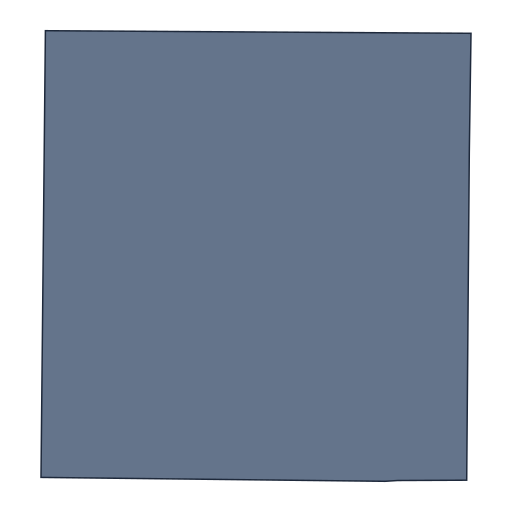 Nolan, Texas, United States of America
{"feature_id": "52423323B36812497972126", "entity_name": "Nolan", "entity_type": "district", "adm_level": 2, "iso_a3": "USA", "parent_name": "United States of America", "parent_adm1": "Texas", "projection": "natural_earth1", "projection_center": [-100.301, 32.303], "detail": "fine", "context": "isolated", "style": "filled", "palette": "slate", "viewbox_px": 512, "rotation_deg": 0, "n_neighbors": 0, "source": "geoboundaries", "source_scale": "gbopen_adm2", "svg_char_len": 223}
<svg xmlns="http://www.w3.org/2000/svg" viewBox="0 0 512 512"><path d="M471.0,33.3L45.4,30.7L41.0,477.4L385.1,481.3L397.7,480.5L466.7,480.2L469.3,152.9L471.0,33.3Z" fill="#64748b" stroke="#1e293b" stroke-width="1.5"/></svg>